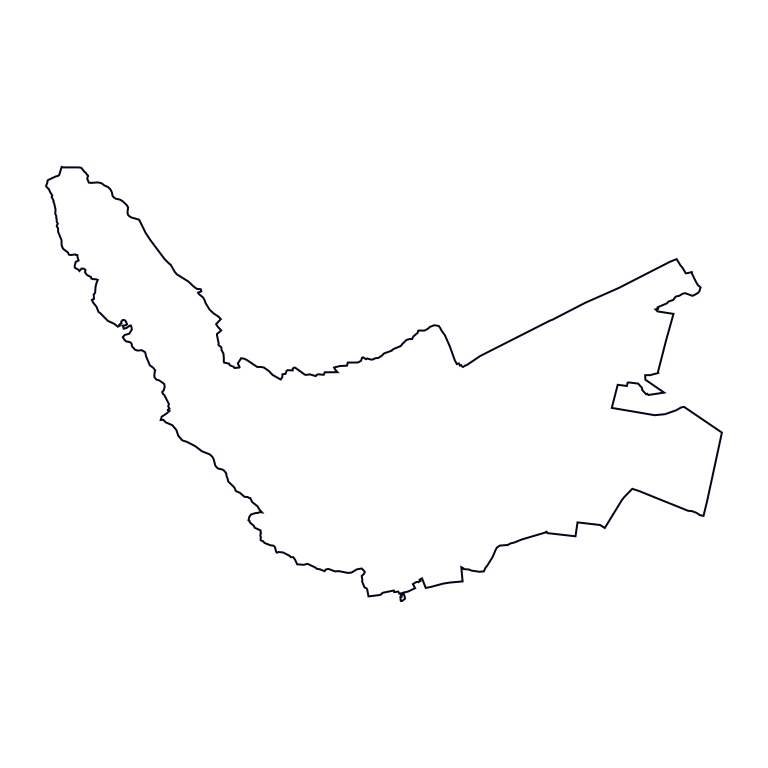 the district of Cotesti, Vrancea, Romania
{"feature_id": "2599482B92472174610530", "entity_name": "Cotesti", "entity_type": "district", "adm_level": 2, "iso_a3": "ROU", "parent_name": "Romania", "parent_adm1": "Vrancea", "projection": "natural_earth1", "projection_center": [27.048, 45.655], "detail": "fine", "context": "isolated", "style": "outline", "palette": "ink", "viewbox_px": 768, "rotation_deg": 0, "n_neighbors": 0, "source": "geoboundaries", "source_scale": "gbopen_adm2", "svg_char_len": 6037}
<svg xmlns="http://www.w3.org/2000/svg" viewBox="0 0 768 768"><path d="M707.1,501.2L721.9,432.6L684.1,406.9L681.2,407.4L676.1,410.3L665.0,414.2L654.7,415.2L611.8,407.9L617.7,384.8L626.9,386.0L627.6,382.8L628.4,382.4L638.2,383.6L642.0,388.0L642.2,390.0L646.2,394.3L647.3,393.8L648.4,395.0L664.1,392.6L645.7,379.9L645.3,379.6L645.2,375.2L650.2,375.1L658.3,373.0L658.0,371.9L666.0,340.7L673.5,313.9L657.5,311.4L655.6,309.4L657.9,309.1L658.1,308.7L657.4,308.2L657.6,307.3L667.0,303.3L668.4,301.6L673.1,300.0L675.4,297.0L676.3,296.4L679.3,295.8L682.6,293.7L685.3,293.2L692.4,295.8L694.0,295.2L698.0,292.9L699.2,291.7L700.6,287.4L697.9,285.1L696.1,282.1L692.0,273.8L691.8,272.1L686.7,273.3L685.7,273.2L682.5,267.7L680.6,265.6L676.6,259.1L669.9,261.8L619.1,287.8L585.0,302.9L552.3,319.8L550.2,320.5L480.2,356.0L466.6,365.2L465.4,365.4L463.0,367.0L461.6,366.1L461.1,365.1L459.9,365.5L458.9,363.4L456.9,364.1L454.9,360.5L449.9,346.6L445.0,335.4L441.4,330.4L440.4,328.3L438.8,326.0L434.3,325.2L429.7,327.0L428.2,328.6L424.4,330.6L418.7,330.5L418.1,330.9L417.7,332.8L413.4,336.4L412.0,339.1L409.7,339.0L406.4,340.0L402.4,343.9L400.8,346.0L394.1,348.8L392.3,349.8L391.7,350.7L384.9,353.1L383.4,353.9L382.4,355.3L378.4,357.9L375.5,358.2L372.7,359.5L371.2,359.6L367.2,358.5L366.0,359.2L363.2,357.4L362.6,357.5L362.1,357.7L361.1,360.6L359.1,362.0L357.6,362.5L347.8,362.5L347.0,365.7L340.1,366.0L334.1,367.5L335.3,369.7L337.5,372.2L324.8,372.3L323.7,374.8L318.2,374.3L316.7,374.9L315.7,376.1L310.1,374.4L305.7,374.9L304.6,374.5L295.3,367.8L294.5,367.5L292.8,368.5L292.7,370.4L287.6,370.2L286.7,370.7L285.5,373.9L282.4,374.3L282.3,377.1L280.7,379.5L272.7,375.0L268.8,371.0L264.0,367.6L261.4,367.0L257.1,366.9L246.4,359.7L244.0,358.7L241.2,358.2L237.8,363.5L239.6,367.1L239.4,367.5L234.6,368.0L233.6,366.8L229.7,365.2L229.2,363.7L224.1,362.6L223.7,360.5L223.9,358.5L223.4,353.5L221.7,350.4L221.2,347.1L218.8,345.4L218.4,344.5L218.7,343.6L217.0,335.3L217.0,334.0L221.2,330.4L217.8,326.8L216.1,324.2L220.8,319.1L218.7,316.8L213.6,313.4L209.5,309.5L205.7,303.3L204.5,299.9L203.1,297.5L198.6,293.8L198.1,292.6L201.4,291.4L200.7,289.2L196.8,288.9L193.3,286.2L188.5,281.6L176.8,274.3L174.8,271.9L170.6,264.6L169.4,263.9L164.6,259.1L150.3,240.0L145.6,232.8L139.1,219.7L131.1,217.4L129.1,216.0L127.9,214.6L127.5,212.4L128.1,207.3L126.5,204.8L123.1,201.6L120.2,199.7L115.5,198.6L113.4,197.0L112.5,195.8L112.0,192.7L111.1,190.7L110.2,189.1L107.8,186.9L104.5,185.5L101.5,183.2L100.3,182.9L97.5,182.4L91.5,182.9L88.8,182.6L87.4,179.1L87.3,177.8L88.1,176.2L88.0,175.5L86.7,174.4L86.2,173.2L84.4,171.8L81.3,167.8L78.8,167.4L63.3,167.4L61.7,166.9L59.2,175.0L58.1,175.9L55.6,176.5L48.0,180.1L47.4,181.0L47.4,182.6L46.1,185.7L46.2,186.5L49.1,189.5L49.9,191.6L52.3,195.6L51.6,196.9L53.6,200.7L53.4,201.8L54.0,202.7L55.5,209.3L55.3,213.9L56.3,216.1L56.2,217.9L56.7,218.8L56.7,221.5L57.8,223.7L56.8,225.6L56.8,226.3L58.1,228.4L58.1,231.8L61.5,240.1L61.6,245.1L62.4,247.3L63.3,249.0L67.7,252.3L69.0,254.7L71.2,255.0L75.3,254.4L75.8,255.0L77.4,255.1L77.5,257.0L78.6,260.5L75.7,262.0L74.6,266.1L74.8,267.5L75.5,268.2L78.4,269.7L79.4,271.0L81.5,268.6L83.9,268.7L85.5,270.1L85.1,271.4L85.1,272.4L86.9,274.9L91.0,277.1L91.4,278.6L93.1,279.1L96.1,279.3L97.8,280.0L96.6,282.7L95.6,286.4L95.1,292.9L93.7,294.5L94.0,298.9L91.9,299.9L93.1,302.5L96.4,306.6L98.5,311.9L100.4,313.3L107.9,320.9L114.0,323.7L117.9,326.7L119.8,325.6L119.3,324.7L121.5,323.1L121.2,321.7L122.7,320.0L124.5,320.1L125.4,320.8L126.6,323.0L127.0,324.4L125.3,325.4L122.5,325.7L123.5,327.5L123.7,328.7L126.3,328.1L130.0,325.5L131.1,325.7L131.9,329.4L129.3,333.7L124.7,335.0L122.8,337.1L123.2,337.9L124.6,340.0L126.2,341.4L129.7,342.1L131.0,342.9L131.8,344.3L131.9,346.2L134.9,349.6L137.6,350.6L141.8,350.2L145.2,352.3L146.0,356.1L149.8,365.3L153.3,367.8L155.2,370.4L154.7,371.9L154.3,375.9L154.6,377.5L156.4,379.6L159.2,380.4L164.2,383.9L164.7,386.7L163.8,390.2L162.2,392.1L163.2,394.2L164.3,395.0L168.8,403.8L168.9,404.4L168.2,406.2L169.5,408.7L167.9,409.7L167.9,410.2L169.4,411.0L166.3,413.7L161.7,416.7L160.7,420.0L163.3,419.8L165.8,422.4L172.3,425.2L176.3,429.9L178.3,435.8L182.3,440.4L186.8,441.8L195.3,446.2L201.8,451.2L209.5,454.3L211.0,455.4L212.5,457.1L213.8,459.6L215.2,465.3L215.8,466.3L217.5,468.1L218.6,468.7L222.3,469.5L223.9,470.5L225.6,472.5L226.3,473.8L226.5,476.0L227.7,478.9L228.2,481.5L233.4,486.5L234.6,488.0L235.8,491.0L239.9,492.8L244.3,496.7L247.8,497.1L249.1,498.0L250.3,498.1L252.2,502.1L257.4,506.2L259.3,509.4L262.0,512.4L259.6,512.1L258.0,512.9L255.8,513.0L251.1,514.4L249.3,516.9L248.5,520.3L249.4,520.7L249.8,522.2L250.7,523.2L253.5,525.5L254.8,527.8L260.6,530.4L260.6,532.5L261.0,532.9L260.4,534.8L260.4,536.0L260.8,537.0L260.6,540.0L261.3,540.7L262.9,541.1L264.6,543.0L270.5,545.3L273.6,545.7L274.9,547.0L276.1,551.7L277.0,552.7L278.5,552.0L283.2,552.5L289.5,555.8L290.8,557.1L293.2,557.2L295.1,559.7L297.1,564.3L303.8,564.8L307.5,563.8L315.1,567.4L317.0,568.8L320.1,569.4L324.5,571.2L325.9,569.5L328.3,568.9L335.1,571.4L338.6,571.1L347.9,572.9L351.5,572.6L356.7,569.4L361.7,568.5L364.5,571.4L364.8,572.2L363.7,574.1L361.7,576.0L362.3,579.3L362.1,581.5L364.5,587.4L366.6,588.4L367.2,589.5L368.5,596.4L379.0,595.1L380.8,594.7L381.9,593.4L383.1,592.7L393.8,590.5L394.2,592.1L398.3,591.6L399.3,593.7L402.8,593.0L403.4,594.6L401.1,595.0L401.6,596.7L400.4,596.8L400.7,600.7L401.0,601.1L402.2,600.9L404.9,598.8L405.1,598.2L403.5,592.6L408.2,591.5L415.1,588.2L412.9,584.1L416.1,582.1L418.5,581.7L418.6,582.0L419.3,581.6L420.5,580.9L419.7,579.6L422.0,578.3L425.7,587.9L430.6,587.0L442.8,583.7L449.5,582.6L462.6,581.4L461.3,567.2L463.5,568.4L463.7,569.1L469.0,569.5L471.5,570.6L479.5,571.8L484.0,571.3L485.1,568.4L487.6,565.1L492.6,557.0L495.7,549.7L497.0,547.5L499.8,545.6L507.7,545.0L510.8,543.3L514.1,542.6L521.7,539.5L545.1,532.6L546.1,531.7L546.7,531.8L547.3,533.1L575.5,536.3L577.5,522.4L600.1,525.0L604.8,528.0L621.9,500.0L624.7,496.6L632.3,488.8L638.7,490.9L688.1,510.8L691.9,511.1L696.6,512.9L699.7,515.0L703.5,515.9L707.1,501.2Z" fill="none" stroke="#020617" stroke-width="2"/></svg>